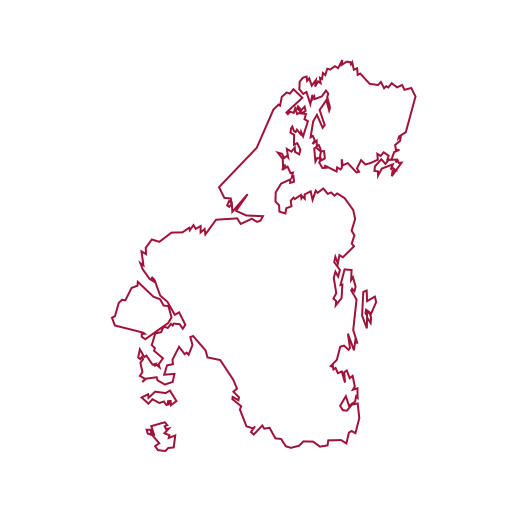 outline of Tysnes nor, Hordaland, Norway, rotated 99°
{"feature_id": "86288312B12130707961185", "entity_name": "Tysnes nor", "entity_type": "district", "adm_level": 2, "iso_a3": "NOR", "parent_name": "Norway", "parent_adm1": "Hordaland", "projection": "equal_earth", "projection_center": [5.536, 59.979], "detail": "fine", "context": "isolated", "style": "outline", "palette": "rose", "viewbox_px": 512, "rotation_deg": 99, "n_neighbors": 0, "source": "geoboundaries", "source_scale": "gbopen_adm2", "svg_char_len": 6110}
<svg xmlns="http://www.w3.org/2000/svg" viewBox="0 0 512 512"><g transform="rotate(99 256 256)"><path d="M400.0,128.6L385.7,132.5L387.8,138.0L394.6,142.1L394.7,146.2L390.8,149.5L380.5,145.3L389.4,140.7L384.3,135.4L378.9,135.1L380.2,133.5L370.8,135.1L372.9,139.4L369.4,138.0L359.3,141.8L362.0,144.3L354.9,148.4L357.0,150.7L367.1,148.3L356.6,153.2L358.9,156.8L354.2,159.9L355.9,161.8L351.9,163.1L353.4,164.4L353.1,165.0L345.9,159.9L332.4,158.6L330.7,155.1L334.2,150.0L332.2,148.8L318.3,153.1L333.8,144.5L322.9,144.7L326.7,142.0L314.0,148.4L283.3,149.9L275.0,156.6L273.3,155.9L275.4,153.3L270.8,152.8L261.8,156.9L264.9,158.3L254.9,159.4L255.4,166.4L271.5,168.0L270.7,166.2L284.2,164.9L292.3,169.5L288.0,169.7L286.0,172.9L280.2,170.9L265.4,175.8L259.1,175.1L263.5,171.7L256.7,170.9L249.8,177.8L244.4,177.5L250.5,174.0L242.1,173.7L243.7,170.0L231.1,160.7L228.8,163.4L220.2,162.0L216.1,165.5L203.9,163.9L195.5,167.1L185.0,177.5L181.5,185.6L184.2,188.0L181.5,191.7L183.4,194.8L178.8,200.1L184.0,205.1L182.1,207.2L191.7,208.9L183.6,212.1L187.6,217.6L191.8,216.8L190.0,219.3L192.0,220.2L188.7,221.2L193.7,226.6L192.5,228.1L195.9,230.3L201.4,228.8L204.1,233.6L209.4,233.6L208.5,239.8L202.3,241.1L199.2,245.3L190.1,246.5L180.5,242.5L175.0,234.1L178.5,233.7L176.7,230.1L171.6,231.4L173.1,233.0L167.8,232.5L168.8,234.8L162.8,238.8L166.9,243.7L161.3,241.1L163.3,243.3L155.9,244.8L150.5,250.6L151.0,246.3L154.8,243.4L152.2,241.1L153.5,239.7L145.4,242.3L147.4,237.3L142.8,234.7L147.1,233.7L148.8,229.2L144.1,228.8L138.1,232.9L140.2,235.9L130.4,237.3L128.7,241.3L124.5,241.3L122.5,240.4L126.6,238.1L127.4,236.3L124.8,235.4L128.8,230.9L126.3,230.9L130.5,228.2L114.7,225.8L113.3,229.5L107.9,228.9L108.1,233.2L104.9,229.7L100.9,231.3L105.0,234.1L101.6,237.9L103.9,238.5L106.6,234.0L109.4,237.6L104.1,240.4L108.7,241.1L108.2,244.9L110.9,246.7L109.5,248.4L92.5,235.0L85.4,245.1L90.3,247.9L89.7,251.2L94.7,255.4L103.8,255.8L103.0,257.5L108.7,261.7L149.0,272.2L193.8,303.3L203.6,296.3L203.1,289.9L207.4,288.6L205.8,291.2L210.6,292.4L211.6,290.1L208.2,288.0L216.0,286.3L196.2,273.9L214.5,282.8L217.5,271.8L215.6,255.4L220.5,257.2L222.1,260.3L219.9,266.0L226.7,276.1L221.8,280.5L226.4,301.1L242.6,309.4L237.4,311.0L241.4,314.4L235.1,315.4L238.6,319.8L235.3,322.6L240.9,325.4L238.6,326.4L244.2,332.4L246.1,343.1L257.1,353.7L256.0,361.5L265.2,366.2L271.3,364.9L269.4,369.8L282.8,365.7L281.1,369.1L287.0,365.7L295.3,357.5L296.8,353.9L293.0,355.8L295.7,352.4L310.1,344.4L315.1,336.3L326.8,327.0L323.7,323.1L335.0,315.0L339.3,317.0L335.3,320.7L335.6,326.6L337.7,327.4L336.3,329.3L340.9,331.9L340.2,336.2L346.1,337.8L348.2,343.4L360.3,345.0L362.9,341.4L365.5,341.9L371.6,331.9L378.2,335.2L381.0,333.9L379.0,337.2L380.8,339.3L378.2,338.2L379.5,341.2L371.5,348.7L373.3,350.5L366.4,356.1L374.7,356.5L376.0,354.2L373.6,353.0L375.8,351.4L379.5,353.5L388.4,350.0L392.6,351.9L394.7,346.2L398.3,348.6L394.3,345.2L391.3,335.2L394.2,333.8L397.2,325.9L393.4,318.6L385.2,318.1L387.6,328.1L378.0,326.8L375.8,321.1L371.6,322.3L357.7,317.8L364.1,311.1L362.3,309.3L364.1,307.1L353.8,304.8L346.4,308.2L344.9,305.6L357.2,291.0L363.7,288.1L364.4,275.0L381.8,259.1L390.0,254.0L393.6,257.1L398.2,250.7L401.2,250.8L398.8,257.0L401.0,257.0L406.8,247.1L410.1,247.9L425.7,238.8L426.8,231.7L424.3,230.3L430.7,233.4L432.7,230.3L422.4,223.3L425.3,220.8L423.5,215.8L433.1,208.3L432.8,202.6L439.3,196.7L440.0,191.5L436.7,183.8L431.7,180.2L430.4,170.6L434.3,163.0L431.9,155.7L426.8,155.8L424.5,143.2L427.0,137.4L415.9,136.6L413.9,134.2L415.4,130.1L400.0,128.6ZM73.5,123.4L65.8,128.9L68.6,135.4L64.2,138.5L67.4,143.0L64.1,149.0L68.9,151.8L67.9,153.9L70.3,155.7L64.6,159.9L68.0,162.3L68.2,170.6L59.5,181.6L61.2,183.9L54.8,185.5L56.7,188.5L49.6,191.3L51.8,192.2L49.7,193.3L49.9,197.0L53.8,201.2L48.9,201.4L57.6,204.3L56.2,207.8L60.2,211.8L59.9,214.9L66.4,215.9L64.8,218.5L70.9,218.5L70.0,220.7L75.2,219.2L73.8,222.1L79.4,224.1L72.9,224.4L79.0,227.6L72.2,231.2L75.0,232.9L70.8,234.1L72.6,237.6L77.0,240.1L84.5,239.3L88.5,234.7L86.1,231.8L97.5,226.1L87.9,225.5L92.2,224.8L89.2,223.4L91.9,222.6L88.0,215.9L81.7,212.8L84.3,210.0L88.0,210.5L96.4,206.7L98.3,206.1L100.9,206.5L91.1,210.9L101.9,216.0L115.9,208.6L119.0,210.2L107.1,217.9L114.2,220.6L130.2,220.6L128.5,218.7L132.6,216.0L136.5,217.7L132.6,214.1L138.1,213.1L136.6,211.3L140.4,208.9L142.4,208.8L139.3,213.9L140.7,215.3L153.4,212.1L149.5,210.7L149.9,208.4L142.3,208.2L141.8,205.1L148.9,203.3L151.3,206.4L149.8,207.2L153.9,208.1L158.7,204.2L157.9,200.6L155.8,202.6L159.9,189.7L155.8,189.7L157.3,186.0L155.2,185.0L147.0,186.5L152.9,184.6L149.9,179.9L157.8,169.7L156.7,167.4L153.6,170.0L144.9,167.2L148.5,162.3L146.2,157.4L141.9,150.8L136.1,152.1L137.7,148.6L133.6,146.1L136.1,140.7L140.2,141.3L139.6,137.3L131.7,135.8L128.8,131.0L129.2,134.4L124.6,136.0L119.7,131.7L114.7,131.7L117.3,133.6L115.6,133.4L110.3,127.4L73.5,123.4ZM329.9,329.8L319.1,334.7L319.4,339.5L313.7,344.0L312.3,350.9L300.0,368.7L303.9,368.4L307.0,373.9L320.2,378.1L320.2,381.5L323.8,384.2L337.5,385.9L339.5,388.6L346.7,384.5L349.3,355.8L350.2,353.9L351.0,356.7L353.7,356.2L355.5,352.3L336.0,332.3L329.9,329.8ZM457.9,307.3L445.9,307.7L449.3,313.7L446.6,313.5L445.4,318.7L440.0,315.1L441.1,317.7L438.5,319.6L436.9,317.2L434.5,320.1L440.4,332.8L449.5,328.2L446.5,330.0L448.3,331.7L444.1,332.5L444.7,336.9L448.3,335.2L449.0,330.6L456.1,322.3L459.6,325.9L463.1,322.5L462.8,315.0L459.4,312.7L457.9,307.3ZM411.7,311.9L402.4,320.0L405.5,323.7L405.8,334.4L412.9,340.0L409.4,340.9L413.6,346.8L418.7,339.2L413.7,335.8L416.3,328.5L414.1,324.2L417.1,321.3L416.4,319.2L413.1,318.1L415.6,320.0L413.1,320.1L412.6,317.6L416.7,316.7L411.7,311.9ZM282.7,130.1L277.5,132.2L283.2,139.2L272.8,141.3L274.7,144.4L298.3,141.9L310.1,135.2L299.3,136.7L304.2,132.3L298.5,132.7L294.7,134.9L294.2,137.8L297.2,137.1L295.5,138.9L291.9,138.9L293.8,135.0L295.5,134.2L295.7,133.5L282.7,130.1ZM155.9,134.4L141.0,126.8L141.7,129.6L139.3,131.1L141.7,132.5L138.8,132.4L140.4,140.1L144.8,142.6L140.9,147.3L148.9,152.6L153.4,152.3L153.4,148.7L157.4,148.0L150.0,145.4L144.1,135.2L149.6,136.5L147.3,135.1L149.6,131.3L150.2,134.4L155.9,134.4Z" fill="none" stroke="#9f1239" stroke-width="2"/></g></svg>